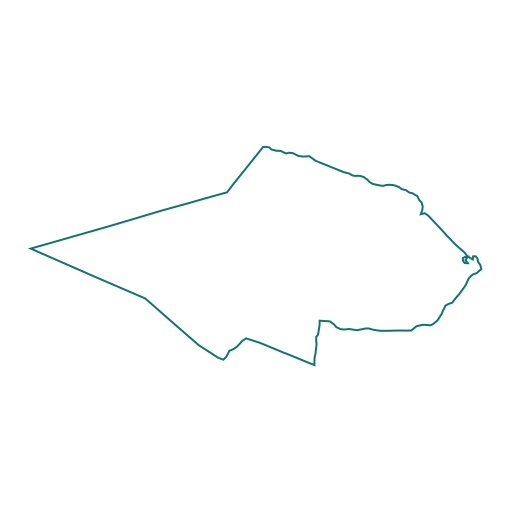 Penalva, Maranhão, Brazil (Albers equal-area conic projection)
{"feature_id": "56859067B25044187316118", "entity_name": "Penalva", "entity_type": "district", "adm_level": 2, "iso_a3": "BRA", "parent_name": "Brazil", "parent_adm1": "Maranhão", "projection": "albers", "projection_center": [-45.216, -3.249], "detail": "fine", "context": "isolated", "style": "outline", "palette": "teal", "viewbox_px": 512, "rotation_deg": 0, "n_neighbors": 0, "source": "geoboundaries", "source_scale": "gbopen_adm2", "svg_char_len": 1878}
<svg xmlns="http://www.w3.org/2000/svg" viewBox="0 0 512 512"><path d="M481.3,269.1L480.3,265.0L478.1,261.9L477.5,258.6L475.7,256.3L473.1,256.3L472.8,259.4L467.9,256.7L464.0,252.0L459.8,248.4L455.9,245.0L446.2,234.9L440.2,228.3L428.3,215.7L424.7,213.2L420.8,214.2L422.3,210.0L422.7,206.2L421.6,202.4L419.3,200.2L417.3,196.1L415.0,194.9L412.6,193.3L409.2,192.5L405.8,190.0L402.1,189.3L399.0,187.1L395.5,185.7L392.7,185.0L389.9,184.8L386.5,185.0L382.9,185.9L378.0,185.1L372.6,183.9L369.4,181.9L367.1,179.4L363.6,177.0L360.1,175.9L357.5,175.8L354.6,175.9L351.9,175.2L349.5,173.6L343.8,172.2L315.8,160.9L311.8,158.0L309.3,156.2L303.0,156.6L298.3,155.9L293.0,153.2L289.0,152.7L286.1,153.5L283.8,152.5L280.8,150.9L276.2,150.7L271.4,149.5L269.4,147.5L266.7,146.9L263.1,147.0L233.2,184.3L227.1,192.3L206.2,198.1L188.1,203.3L173.9,207.2L162.3,210.4L122.4,222.3L101.8,228.3L30.7,248.6L94.5,276.6L145.3,298.5L167.5,318.0L186.3,334.4L198.9,345.3L211.5,353.4L217.7,357.5L223.4,359.7L226.2,356.9L227.7,354.2L229.4,350.8L233.3,349.2L236.8,346.8L239.9,343.6L242.1,341.0L246.2,338.4L260.1,342.9L273.4,348.4L278.3,350.4L282.8,352.3L288.0,354.3L309.2,363.0L314.4,365.1L314.4,361.6L314.6,357.6L315.5,353.5L316.0,349.1L316.6,343.9L316.1,340.7L316.3,336.8L318.0,334.8L319.5,325.7L319.7,320.7L329.9,321.4L334.1,324.5L336.3,327.1L340.7,329.2L344.3,329.5L349.0,329.0L357.0,330.2L365.6,328.5L368.4,328.4L373.5,329.8L380.0,330.8L388.0,330.8L399.0,330.5L406.6,330.6L411.3,330.5L416.6,326.2L422.2,324.9L425.1,324.9L430.8,325.3L433.3,323.9L437.5,320.4L441.6,314.1L443.0,310.5L444.5,307.9L445.5,305.5L449.2,303.7L452.2,302.7L456.3,297.4L459.1,294.3L460.7,292.1L462.8,289.2L464.8,286.4L466.2,284.1L467.4,281.2L468.9,278.1L472.6,274.6L476.7,273.1L481.3,269.1ZM467.9,256.7L465.5,260.1L467.8,263.2L464.7,263.1L462.9,260.8L462.9,258.0L465.3,256.9L467.9,256.7Z" fill="none" stroke="#0f766e" stroke-width="2"/></svg>